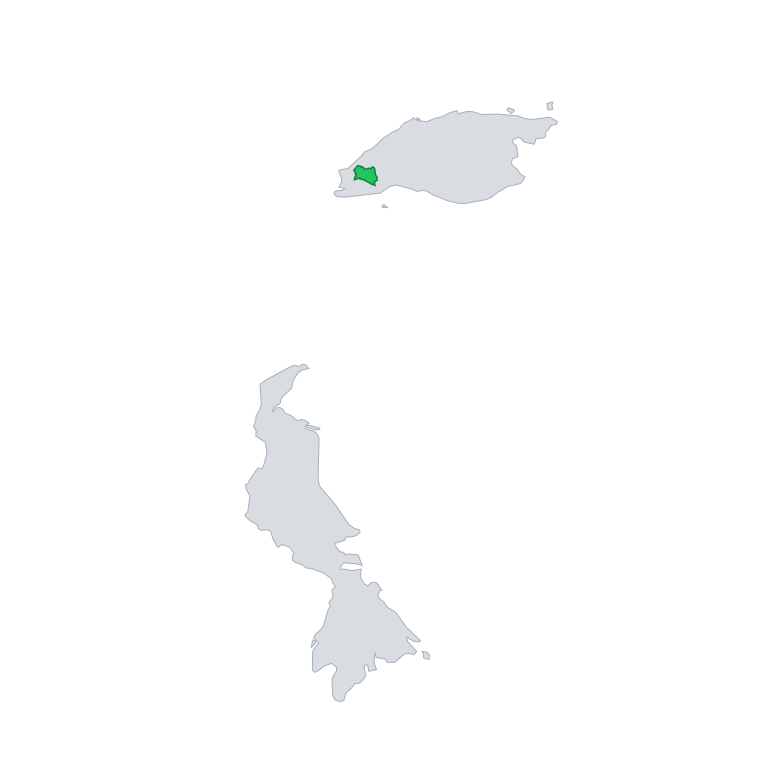 Kluang, Johor, Malaysia (highlighted), rotated 106°
{"feature_id": "92858781B16858061295144", "entity_name": "Kluang", "entity_type": "district", "adm_level": 2, "iso_a3": "MYS", "parent_name": "Malaysia", "parent_adm1": "Johor", "projection": "robinson", "projection_center": [103.428, 2.052], "detail": "fine", "context": "in_parent", "style": "filled", "palette": "green", "viewbox_px": 768, "rotation_deg": 106, "n_neighbors": 0, "source": "geoboundaries", "source_scale": "gbopen_adm2", "svg_char_len": 5289}
<svg xmlns="http://www.w3.org/2000/svg" viewBox="0 0 768 768"><g transform="rotate(106 384 384)"><path d="M647.2,381.7L643.2,380.8L637.5,376.9L631.8,375.5L615.2,375.5L612.8,374.3L609.6,376.6L603.8,374.6L600.5,374.9L596.9,377.3L591.6,375.1L589.1,378.6L585.8,380.8L582.2,390.2L581.5,401.4L582.2,408.3L580.5,412.1L579.9,419.9L578.6,423.4L574.0,424.9L571.9,423.7L567.7,428.5L566.7,430.5L566.6,438.1L569.8,440.5L569.8,442.1L563.0,448.5L557.1,452.1L556.2,455.4L558.5,462.1L557.5,465.2L554.4,466.8L552.1,475.4L549.3,480.9L548.3,481.5L544.2,479.7L528.5,482.1L523.9,486.6L519.4,489.4L515.9,486.7L514.1,487.0L499.5,482.1L498.9,477.9L497.4,477.2L482.3,477.5L472.8,481.9L469.4,492.8L464.4,493.9L460.7,497.6L454.1,497.2L450.1,498.2L443.7,496.5L437.7,496.2L418.4,503.1L412.2,498.2L393.4,478.9L390.8,475.5L390.2,469.5L388.1,468.5L387.4,466.9L387.0,465.2L389.9,460.3L392.9,466.6L397.6,470.0L405.7,472.4L413.3,471.6L423.9,477.9L427.3,478.9L431.0,478.5L437.6,483.3L441.7,483.5L436.3,480.2L435.3,477.6L435.9,474.8L439.4,470.9L439.9,464.9L442.5,459.0L443.1,456.2L441.1,454.1L440.7,450.4L442.2,445.3L445.7,448.0L448.7,447.3L448.7,438.1L450.9,434.1L454.5,431.3L490.6,422.0L496.5,419.8L500.5,417.1L513.5,397.4L528.9,379.0L531.0,372.5L530.8,367.9L531.8,366.8L533.4,366.2L536.8,368.6L538.6,370.4L541.8,378.3L544.9,378.5L549.9,386.1L551.1,387.0L552.6,386.5L556.5,381.7L557.6,378.1L556.8,377.6L558.6,373.5L557.0,370.9L555.5,361.6L564.6,354.9L564.6,362.5L567.2,373.6L571.8,375.2L574.1,374.5L572.8,371.2L572.4,364.6L571.1,360.4L568.2,354.9L575.8,353.7L581.6,347.8L582.5,344.1L578.8,341.9L577.3,339.1L577.2,336.0L583.1,329.1L583.8,331.1L587.5,331.6L589.4,331.5L591.9,328.7L593.3,324.6L597.8,318.8L600.3,309.7L611.7,295.4L620.7,278.2L622.5,279.6L623.1,284.2L621.2,292.3L625.2,290.3L632.1,278.9L636.1,280.8L635.9,283.9L637.5,289.7L648.9,297.1L650.6,304.5L648.1,307.3L649.0,314.4L648.2,316.7L644.4,318.7L654.7,316.7L660.6,312.5L664.3,319.5L658.5,322.3L659.8,325.3L665.3,323.5L668.7,321.1L672.0,321.6L677.3,324.5L678.9,326.1L679.9,329.5L683.8,330.7L691.7,335.5L698.9,335.4L701.4,337.8L701.2,343.9L697.5,347.5L682.6,352.5L678.7,352.4L673.2,350.5L669.3,351.6L666.9,357.5L671.4,363.4L679.1,369.5L680.2,371.0L678.7,374.0L661.2,378.7L657.6,378.3L651.1,375.3L647.2,381.7ZM81.9,298.3L83.8,289.8L86.5,289.4L89.2,294.3L98.4,298.1L101.2,296.9L102.5,297.6L103.7,298.9L106.3,305.5L112.1,305.6L112.8,316.1L110.2,320.1L109.8,322.9L114.1,327.8L116.5,326.7L118.7,322.2L128.4,317.9L132.3,322.6L136.0,322.6L138.7,320.9L140.7,315.3L144.5,311.0L146.0,305.6L151.6,307.0L153.8,308.2L160.0,319.5L168.3,327.5L174.5,331.9L178.3,336.2L188.6,356.7L189.8,363.3L190.3,373.5L188.7,388.8L186.8,396.4L187.2,400.0L189.8,405.5L189.0,410.7L189.3,427.1L192.5,432.9L201.4,440.0L214.6,471.5L216.9,480.4L215.6,483.8L213.2,484.7L211.2,482.9L210.0,478.6L206.9,475.2L207.2,481.4L201.6,480.6L197.6,481.5L192.9,485.8L190.7,486.0L186.7,478.0L171.8,469.0L166.3,466.6L160.5,459.8L147.4,452.2L139.1,444.8L135.6,440.3L127.1,436.2L123.5,431.5L119.9,428.8L121.8,424.2L120.0,415.3L114.0,407.3L111.1,401.7L105.5,396.1L101.1,389.2L103.7,387.1L99.3,379.6L97.8,374.2L97.9,364.0L93.3,349.6L89.4,329.6L90.1,322.7L89.1,315.1L81.9,298.3ZM632.4,271.6L630.5,273.6L629.9,268.2L632.6,265.4L636.3,264.9L636.5,269.7L635.6,271.0L632.4,271.6ZM73.1,297.4L75.4,301.3L73.7,303.6L72.3,303.0L69.8,304.8L66.9,301.0L66.6,299.1L69.9,299.5L73.1,297.4ZM447.0,446.1L446.0,446.6L444.4,445.3L444.1,434.1L445.1,433.1L446.6,435.3L447.0,446.1ZM89.0,336.2L86.5,341.4L84.2,340.8L84.6,334.8L85.9,334.0L89.0,336.2ZM657.2,381.1L652.7,381.8L649.6,381.7L650.0,378.7L651.5,378.3L657.2,381.1ZM214.7,434.5L212.3,434.6L211.7,433.2L213.5,429.3L214.7,434.5ZM120.6,425.1L119.0,425.7L119.2,423.4L120.4,422.2L120.6,425.1Z" fill="#d9dde1" stroke="#a8b0b8" stroke-width="1"/><path d="M178.5,455.0L180.6,455.8L180.4,456.0L180.7,456.7L180.6,457.7L182.9,461.4L182.8,461.5L183.1,462.0L182.7,462.2L182.5,462.3L182.4,462.5L182.2,462.7L182.0,462.8L181.9,462.9L181.9,463.1L181.8,463.3L181.7,463.4L181.6,463.5L181.7,463.9L181.3,464.5L181.5,464.7L181.6,464.8L181.7,465.0L181.2,465.8L181.6,466.1L181.5,466.3L181.4,466.2L181.4,466.4L181.3,466.5L181.2,466.6L181.2,469.4L182.4,469.9L182.5,469.9L183.5,470.5L184.0,470.5L186.8,472.0L187.5,471.1L188.3,470.0L189.0,469.2L189.1,469.3L189.3,469.3L189.5,469.7L190.9,468.6L191.0,468.5L191.5,468.5L192.0,468.5L192.3,468.6L192.5,468.7L192.8,468.8L193.1,469.0L193.3,469.0L193.6,469.0L193.7,468.9L193.9,468.8L194.0,468.7L194.5,468.6L194.8,468.6L195.1,468.7L195.4,468.9L195.6,469.0L195.8,469.0L195.8,468.8L195.7,468.7L195.5,468.4L195.5,468.1L195.4,468.0L195.3,467.9L195.3,467.7L195.2,467.6L194.9,467.4L194.7,467.2L194.6,466.9L194.4,466.8L194.3,466.7L194.2,466.5L194.1,466.3L193.9,466.0L193.8,465.9L193.7,465.8L193.6,465.7L193.4,465.6L193.2,465.4L193.1,465.2L192.9,464.9L193.0,463.6L193.5,463.6L193.5,463.4L193.3,459.7L195.0,452.1L195.0,451.8L194.9,451.6L195.0,451.4L195.1,451.2L195.3,451.2L195.5,451.1L195.5,450.9L195.5,450.6L195.4,450.3L195.4,449.9L195.4,449.5L195.4,449.0L195.4,448.7L195.3,448.2L195.4,447.8L195.5,447.5L192.4,448.9L190.2,446.9L187.4,447.5L185.9,449.1L185.5,449.5L184.9,449.9L184.4,450.2L183.9,450.4L182.9,450.8L182.1,451.1L181.5,451.5L180.8,451.9L180.4,452.0L180.1,452.1L179.7,452.4L179.3,452.6L178.6,453.6L178.5,455.0Z" fill="#22c55e" stroke="#15803d" stroke-width="1.5"/></g></svg>